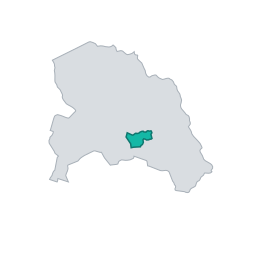 Tonj North, Warrap, South Sudan shown in context, rotated 199°
{"feature_id": "79223893B57741024830751", "entity_name": "Tonj North", "entity_type": "district", "adm_level": 2, "iso_a3": "SSD", "parent_name": "South Sudan", "parent_adm1": "Warrap", "projection": "orthographic", "projection_center": [28.767, 8.246], "detail": "fine", "context": "in_parent", "style": "filled", "palette": "teal", "viewbox_px": 256, "rotation_deg": 199, "n_neighbors": 0, "source": "geoboundaries", "source_scale": "gbopen_adm2", "svg_char_len": 4043}
<svg xmlns="http://www.w3.org/2000/svg" viewBox="0 0 256 256"><g transform="rotate(199 128 128)"><path d="M200.0,189.4L193.2,196.4L192.7,196.8L191.8,197.3L189.1,197.4L186.2,197.1L183.5,195.3L180.8,196.7L179.1,197.2L178.1,197.4L175.7,197.6L172.3,198.4L170.8,199.3L170.0,200.1L169.3,201.4L169.0,201.6L168.4,201.4L167.5,200.9L165.7,200.1L164.8,198.4L163.9,197.4L163.2,196.8L160.4,198.6L159.0,199.0L157.9,198.9L155.8,198.0L153.5,197.2L152.3,197.2L150.6,198.2L148.5,199.8L147.5,201.3L147.0,202.2L146.3,200.8L145.6,199.9L144.7,199.6L142.7,200.0L142.3,199.5L142.2,198.3L141.9,197.2L141.4,196.4L139.9,195.6L136.1,193.9L133.1,190.6L131.7,189.1L130.6,188.1L129.1,185.5L127.3,183.7L125.2,182.9L123.8,183.3L122.4,185.2L119.7,187.0L118.4,187.1L116.8,186.1L114.8,185.4L111.2,185.1L109.7,186.0L107.8,187.4L106.2,188.2L105.1,188.3L104.2,187.9L103.1,187.8L102.2,187.7L100.2,186.5L99.3,185.5L98.6,184.6L97.5,184.0L96.2,183.5L95.3,182.7L94.9,181.7L94.2,180.5L93.2,179.3L90.3,177.2L89.4,176.0L88.8,174.8L87.6,173.5L86.4,171.8L86.0,169.2L85.9,167.1L85.6,166.2L85.1,165.2L84.5,164.4L83.5,163.5L81.1,162.1L78.6,160.6L77.4,159.7L75.2,159.4L73.9,158.5L72.7,156.5L72.3,155.0L71.2,153.8L70.7,152.9L70.4,151.9L71.3,148.8L70.0,147.8L68.1,146.3L66.7,144.8L65.9,143.4L63.4,141.5L58.0,138.7L54.9,136.9L53.2,135.3L51.7,133.7L51.6,133.0L52.5,131.5L52.7,130.2L51.9,128.8L48.7,126.1L46.2,123.1L44.2,122.2L39.5,121.3L38.2,121.0L36.8,120.4L35.4,119.1L34.9,117.5L35.6,115.0L35.2,114.3L34.4,114.0L34.6,113.5L35.5,112.3L37.0,111.5L40.9,110.4L41.1,109.9L41.2,108.3L41.5,107.6L42.9,105.4L43.1,104.6L43.2,102.7L43.4,101.9L43.8,101.2L44.8,100.2L45.2,99.5L45.4,98.1L45.3,95.3L45.9,94.2L48.3,91.7L49.0,90.6L49.2,89.6L49.2,88.6L49.4,87.5L50.1,86.6L50.7,86.3L52.5,86.0L53.8,86.2L62.3,84.5L63.3,84.8L63.8,85.8L63.7,87.4L63.9,88.2L64.3,88.8L65.7,89.6L66.6,90.9L67.1,91.4L68.5,92.3L74.8,99.8L76.6,100.5L78.3,100.3L81.8,98.7L83.6,98.3L95.7,98.8L97.1,98.6L99.0,102.4L99.9,103.2L113.2,103.3L112.9,102.2L113.1,101.0L115.5,98.7L115.8,98.5L117.9,97.4L119.9,96.6L123.7,95.8L125.1,94.4L125.9,93.2L125.9,90.7L126.4,90.3L127.4,89.7L131.8,87.6L132.6,87.1L140.5,92.1L144.9,96.1L145.2,96.3L145.4,96.4L145.6,96.2L145.8,96.1L146.4,95.9L148.3,95.8L151.9,95.6L153.0,95.1L160.2,87.9L162.0,85.6L162.4,85.1L163.4,83.5L164.5,80.7L164.7,80.4L172.5,73.6L172.8,73.1L172.8,72.6L171.6,70.4L171.4,69.3L171.3,67.5L171.5,64.7L171.4,63.0L171.3,62.6L171.2,62.5L166.8,57.6L177.8,57.4L177.8,56.8L177.8,56.6L177.5,56.0L177.4,55.2L177.4,54.8L177.5,54.4L177.5,54.2L177.4,54.0L177.5,53.9L185.4,53.8L185.3,55.2L184.4,58.5L184.5,60.5L184.3,62.7L184.0,63.4L183.6,63.9L183.5,64.2L183.5,64.4L185.3,77.0L185.2,77.5L184.8,78.3L184.7,78.6L184.6,78.8L184.8,78.9L188.5,80.2L188.7,80.3L188.8,80.4L190.2,82.0L197.5,87.9L197.7,88.2L198.5,90.1L198.6,90.3L198.6,90.8L198.6,91.1L198.4,92.3L198.5,92.8L198.6,93.1L198.7,93.5L198.7,93.9L197.6,96.1L197.3,97.6L197.2,98.9L197.3,99.7L197.4,100.2L197.5,100.3L200.8,100.4L200.7,101.1L201.3,112.4L201.3,113.7L201.2,115.3L200.9,115.9L200.0,116.9L198.9,117.7L196.1,117.9L193.8,117.9L192.1,117.8L189.8,117.7L187.7,117.9L186.9,118.6L184.1,124.7L183.3,126.2L183.0,127.1L183.3,127.6L184.4,128.4L186.9,129.4L189.7,130.0L191.7,130.3L193.2,130.6L194.3,130.9L198.3,133.6L199.5,134.8L200.3,135.9L200.4,137.2L201.0,138.4L204.7,142.1L208.1,143.8L209.5,145.8L210.8,146.8L212.0,147.8L212.7,149.4L214.2,153.9L215.2,156.3L216.3,158.2L216.7,161.3L217.6,162.7L218.4,164.5L219.8,166.0L221.3,167.2L221.6,167.5L206.8,182.5L200.0,189.4Z" fill="#d9dde1" stroke="#a8b0b8" stroke-width="1"/><path d="M127.0,120.9L126.9,118.9L120.4,114.0L118.6,110.4L116.4,111.7L110.1,114.3L110.1,115.6L109.0,117.1L108.8,119.4L110.0,121.7L109.6,122.9L107.8,123.0L106.6,122.7L104.7,123.5L103.5,124.6L102.5,125.0L101.9,125.9L104.3,129.5L103.9,130.7L104.0,131.6L105.3,132.8L106.7,132.0L108.2,131.9L108.8,131.5L109.5,130.5L109.7,129.9L110.8,129.7L111.6,129.4L112.6,129.9L114.0,129.2L115.4,127.9L116.0,126.7L117.8,125.6L118.6,125.7L119.3,125.3L120.7,123.2L121.5,122.7L127.2,123.2L127.0,120.9Z" fill="#14b8a6" stroke="#0f766e" stroke-width="1.5"/></g></svg>